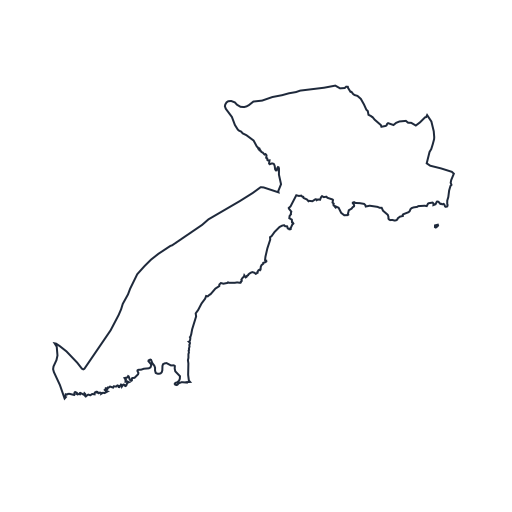 outline of Stueng Hav, Kaôh Kong, Cambodia, rotated 195°
{"feature_id": "14789045B13599773349639", "entity_name": "Stueng Hav", "entity_type": "district", "adm_level": 2, "iso_a3": "KHM", "parent_name": "Cambodia", "parent_adm1": "Kaôh Kong", "projection": "orthographic", "projection_center": [103.692, 10.797], "detail": "fine", "context": "isolated", "style": "outline", "palette": "slate", "viewbox_px": 512, "rotation_deg": 195, "n_neighbors": 0, "source": "geoboundaries", "source_scale": "gbopen_adm2", "svg_char_len": 6063}
<svg xmlns="http://www.w3.org/2000/svg" viewBox="0 0 512 512"><g transform="rotate(195 256 256)"><path d="M290.2,115.8L290.4,116.2L287.1,117.3L288.6,118.3L290.8,123.7L293.5,134.7L294.8,137.8L294.9,140.1L295.9,143.8L295.8,145.3L296.6,147.3L296.3,147.9L296.8,149.2L296.8,151.4L297.4,152.8L297.2,154.4L297.4,155.1L298.7,155.8L298.1,156.2L297.9,157.6L298.2,159.9L298.8,160.5L298.4,161.2L298.3,163.6L298.7,168.6L298.2,182.1L299.4,185.0L297.9,188.9L296.3,196.1L294.1,201.6L293.8,204.5L292.2,204.5L290.7,206.8L290.1,207.1L286.8,214.0L283.7,217.4L284.0,219.0L282.9,220.8L280.3,220.8L276.6,222.6L276.2,223.3L275.2,223.1L269.6,224.6L267.4,225.6L264.3,226.0L263.8,226.5L264.0,227.2L263.3,228.3L264.0,229.4L263.2,231.7L262.3,232.9L262.3,234.3L260.4,232.7L259.6,233.7L259.6,234.5L258.6,235.4L258.6,236.1L257.8,237.3L256.5,238.7L255.3,239.5L253.1,239.4L251.6,238.7L250.1,240.3L250.5,240.9L249.9,242.9L249.0,243.8L248.4,243.4L248.1,244.0L248.6,246.9L248.3,248.6L247.0,250.4L247.2,251.3L245.4,252.4L244.6,253.4L244.9,254.1L245.6,253.8L246.2,254.3L246.7,257.8L247.0,266.3L246.5,275.5L247.3,277.8L246.1,279.2L244.3,284.0L240.8,290.1L238.6,292.1L236.8,293.0L235.6,292.3L233.6,292.7L232.5,290.9L231.6,290.7L231.0,291.0L230.6,290.4L229.9,290.6L229.4,291.1L229.7,291.8L229.1,295.6L228.3,297.0L229.2,297.9L229.9,297.8L230.8,300.4L233.6,301.1L233.9,303.4L233.0,305.5L233.4,306.2L233.4,308.0L236.5,310.3L236.8,310.9L235.5,312.8L232.8,325.1L230.1,325.1L227.9,326.0L227.4,325.5L225.7,325.4L225.5,324.7L224.8,324.3L221.5,323.8L219.5,322.5L219.1,323.0L215.7,323.5L213.3,326.2L212.6,326.2L211.9,325.7L211.6,326.4L210.8,326.3L210.2,326.8L208.7,326.9L208.4,329.5L207.7,330.9L205.8,330.4L203.3,331.5L202.1,330.7L196.7,330.4L196.1,330.0L195.9,327.4L194.5,326.7L194.5,325.5L194.0,324.8L192.4,324.6L192.2,323.7L191.6,323.4L191.3,324.4L188.7,324.0L184.9,319.7L181.3,318.2L178.1,319.2L177.6,319.8L178.1,320.4L178.2,324.2L175.9,326.5L175.3,328.1L174.2,329.3L174.2,330.0L175.0,331.4L176.1,331.9L176.3,332.6L175.2,333.4L173.5,333.0L169.4,333.9L165.1,334.3L163.6,333.5L162.8,332.2L159.2,334.0L151.4,334.9L149.0,334.6L147.1,335.1L145.0,332.6L139.4,329.9L138.3,328.3L137.7,326.3L137.1,325.8L135.7,325.4L133.7,326.1L131.4,326.1L130.1,326.6L129.0,327.7L128.8,329.1L127.1,331.3L124.5,332.7L124.9,333.8L124.6,334.4L120.0,337.8L119.2,339.0L118.9,341.2L118.1,342.5L116.4,343.7L113.0,345.2L112.1,346.2L106.1,348.2L104.0,348.4L103.4,351.1L102.8,351.7L99.3,353.3L98.1,352.6L97.8,351.1L96.0,352.4L95.4,355.3L94.8,355.6L93.8,355.6L91.4,354.0L90.8,354.4L89.5,354.1L88.3,354.9L87.5,354.5L86.2,352.8L85.4,352.6L84.1,353.4L84.1,354.8L84.8,355.9L85.6,359.0L85.5,362.7L86.4,369.3L86.3,374.0L85.6,375.3L86.9,377.1L87.1,379.9L86.2,386.7L88.6,388.0L100.0,388.5L111.1,388.3L115.1,389.7L115.3,401.5L114.4,404.6L114.2,409.6L114.2,414.9L114.6,416.9L116.6,422.5L121.4,431.3L127.2,436.4L127.6,434.2L128.6,433.7L132.2,427.5L135.4,423.4L140.5,424.8L143.6,424.1L146.2,425.3L152.2,423.1L155.1,420.9L157.1,418.1L162.8,418.5L163.5,417.6L163.7,416.0L164.4,415.2L168.3,413.3L169.3,414.8L176.7,418.4L179.6,420.5L180.3,420.4L181.0,420.9L183.9,421.5L185.5,424.9L187.3,425.9L190.9,430.3L195.4,434.9L199.4,436.9L202.5,437.0L204.1,437.6L206.3,439.3L207.2,439.0L210.6,442.2L211.1,443.2L212.7,442.9L213.8,441.2L218.2,439.7L223.5,441.1L233.7,436.2L256.1,427.2L259.8,424.7L266.3,421.7L272.4,418.1L281.3,413.8L290.3,407.7L298.5,404.5L301.9,399.9L303.8,398.1L306.0,396.8L309.6,396.1L313.5,397.2L316.2,398.9L320.1,399.3L322.9,398.3L324.2,396.8L324.9,394.4L324.8,392.6L323.3,390.4L315.3,384.1L310.3,377.1L306.3,373.4L304.9,372.7L302.5,372.3L300.6,371.0L296.5,370.2L288.2,366.9L283.5,361.9L282.2,361.3L281.7,360.4L280.6,360.8L280.2,360.3L280.4,359.4L279.8,358.9L279.1,359.2L277.6,357.8L276.4,357.7L274.0,356.2L273.2,356.9L272.3,356.4L271.8,355.7L271.6,353.5L270.4,353.2L269.9,351.7L269.2,351.4L267.7,351.9L267.3,348.7L266.5,348.2L264.5,349.6L262.8,349.6L262.2,349.1L261.3,347.9L259.9,344.6L258.9,343.8L258.1,344.1L258.2,346.4L257.8,347.6L257.1,347.5L256.4,346.3L254.9,340.5L250.4,331.8L251.3,324.5L250.7,323.3L266.4,324.2L269.2,323.7L269.7,323.2L275.4,316.1L285.9,304.8L311.4,279.1L316.1,272.1L339.8,244.6L341.3,243.6L350.8,232.9L356.4,225.4L361.0,217.5L366.0,207.7L369.1,191.9L369.7,185.8L372.3,175.3L372.5,169.7L373.4,163.5L377.2,146.6L392.6,102.6L393.5,101.8L395.0,102.1L401.1,106.7L414.4,114.8L422.3,118.2L426.4,119.6L427.9,119.5L425.0,116.8L422.0,108.5L421.8,103.8L423.0,96.9L422.7,94.2L421.2,91.6L412.0,80.6L404.0,68.8L403.3,70.2L403.7,70.2L404.0,73.2L402.6,73.4L401.8,74.2L400.4,74.6L395.6,74.7L395.3,75.4L395.9,76.3L395.9,77.2L395.5,77.8L393.7,77.5L393.3,76.3L392.5,76.1L392.1,76.6L390.3,76.9L390.7,78.0L390.3,78.3L386.3,77.4L386.2,79.0L385.3,78.5L384.6,76.4L384.1,76.2L382.9,78.0L382.1,78.7L380.0,78.6L378.5,80.3L376.1,80.6L376.4,82.2L375.9,82.9L375.0,82.9L374.9,83.6L373.9,83.7L373.3,82.9L372.4,82.7L371.4,83.7L369.7,83.6L369.7,83.0L368.4,84.3L366.8,84.4L364.4,86.7L366.3,86.8L367.4,87.5L366.8,88.3L366.9,89.4L365.5,89.7L365.2,89.0L364.9,89.6L365.0,90.7L364.0,91.0L363.2,92.1L360.0,91.9L359.7,93.3L357.3,93.7L356.4,95.1L355.1,95.0L354.7,93.9L354.0,94.0L353.1,96.9L352.2,96.6L351.7,95.3L350.8,97.5L349.6,97.5L348.8,96.6L348.3,96.6L347.8,97.4L347.5,100.1L346.1,101.2L348.2,101.6L349.5,100.8L349.9,102.2L349.7,103.1L350.2,103.7L350.8,103.5L351.4,104.1L348.7,105.5L348.4,106.9L347.8,106.7L345.9,103.9L344.3,103.1L343.7,103.7L344.2,105.5L343.9,106.1L341.8,106.9L339.3,111.2L339.3,112.6L340.8,114.3L340.8,115.0L340.2,115.6L337.5,116.5L335.1,118.1L330.4,119.8L329.1,121.1L328.9,123.5L329.7,124.5L332.7,126.6L332.7,127.4L331.3,128.6L330.5,128.5L328.4,125.7L325.9,123.8L324.6,122.0L323.9,119.3L322.6,117.1L320.8,116.8L319.3,117.1L317.8,117.9L317.0,119.2L316.9,121.3L317.9,125.6L317.8,127.4L316.5,128.6L314.7,129.4L309.9,128.3L307.1,129.1L305.9,128.7L305.4,126.2L304.1,123.7L298.3,120.2L297.8,117.6L298.1,115.5L299.6,113.4L301.0,112.6L301.4,111.4L300.7,110.8L299.3,110.8L298.6,111.3L297.7,113.1L295.1,114.9L290.2,115.8ZM88.5,333.3L91.0,331.9L90.6,330.2L89.8,330.0L89.2,330.5L88.0,332.5L88.5,333.3Z" fill="none" stroke="#1e293b" stroke-width="2"/></g></svg>